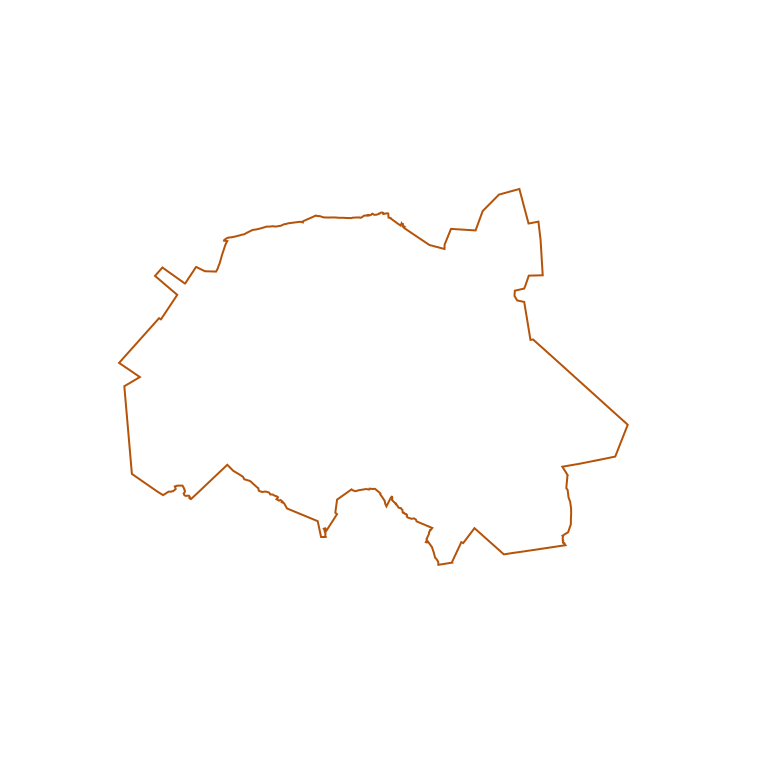 outline of Mexquitic de Carmona, San Luis Potosí, Mexico, rotated 222°
{"feature_id": "50627088B50616747627760", "entity_name": "Mexquitic de Carmona", "entity_type": "district", "adm_level": 2, "iso_a3": "MEX", "parent_name": "Mexico", "parent_adm1": "San Luis Potosí", "projection": "orthographic", "projection_center": [-101.135, 22.255], "detail": "fine", "context": "isolated", "style": "outline", "palette": "amber", "viewbox_px": 768, "rotation_deg": 222, "n_neighbors": 0, "source": "geoboundaries", "source_scale": "gbopen_adm2", "svg_char_len": 6010}
<svg xmlns="http://www.w3.org/2000/svg" viewBox="0 0 768 768"><g transform="rotate(222 384 384)"><path d="M413.9,619.5L425.3,601.7L426.4,578.6L418.7,559.4L438.0,544.1L432.2,528.1L429.4,524.8L443.2,517.7L473.4,513.4L473.9,513.7L474.5,513.7L474.8,514.4L474.7,514.5L475.6,514.4L475.7,514.1L477.0,515.5L477.2,515.3L477.9,514.9L478.4,515.1L477.6,512.9L478.7,512.8L479.3,512.6L484.2,512.1L489.8,511.5L490.2,511.8L492.0,510.7L494.9,513.5L495.8,513.1L498.3,509.8L498.7,509.9L498.8,510.2L498.9,510.6L499.2,510.6L499.4,510.3L499.8,510.3L500.1,510.2L501.0,509.3L501.1,508.9L501.3,508.0L501.3,507.5L501.4,507.4L501.5,507.3L501.7,507.2L501.9,507.1L501.9,506.6L502.0,506.2L502.7,505.1L503.0,504.6L503.4,504.3L504.3,503.3L504.7,503.1L505.1,503.0L505.9,502.9L506.4,502.9L506.7,502.7L506.8,501.3L507.0,500.6L507.2,500.3L507.4,500.0L507.8,499.8L508.4,499.4L508.0,499.1L508.8,498.1L509.2,497.8L509.6,498.0L510.2,497.0L510.4,496.9L510.9,496.4L511.4,495.8L511.6,495.5L511.6,495.2L511.9,493.7L511.9,493.3L512.3,492.5L512.6,492.0L512.9,491.6L513.2,491.5L513.5,491.5L513.9,491.1L514.4,490.7L514.9,490.2L515.4,489.8L518.6,486.6L519.1,485.6L521.1,483.8L524.4,481.1L524.9,480.8L525.7,480.1L528.4,477.6L530.0,476.4L531.6,475.2L532.8,474.1L535.9,471.3L536.2,470.9L538.6,468.9L539.1,468.4L539.7,468.0L540.0,467.6L541.6,466.8L542.0,466.7L543.6,466.0L544.5,465.5L545.0,464.8L545.3,464.7L545.6,464.6L546.0,464.4L546.3,464.0L546.9,463.6L547.4,463.6L548.7,460.5L551.5,454.3L552.4,452.3L553.2,450.3L552.5,449.8L553.1,449.4L553.7,449.1L554.5,448.6L555.0,448.4L555.8,447.4L559.1,443.5L560.7,441.7L561.7,440.5L562.2,439.9L563.0,438.9L563.6,437.8L564.3,436.9L564.7,436.4L565.2,435.7L565.7,434.7L566.2,433.3L566.5,432.7L569.5,428.9L570.0,428.4L570.7,427.8L571.4,427.5L572.4,426.6L573.0,426.0L574.0,424.8L575.0,423.8L576.3,422.7L576.9,421.9L577.4,421.0L580.2,416.5L582.4,413.3L582.6,413.1L583.0,412.6L584.2,411.2L584.8,410.5L585.1,409.7L585.6,408.3L585.8,407.8L586.1,407.2L587.1,404.6L587.3,403.9L587.6,403.2L588.3,401.3L588.5,401.0L589.1,400.4L589.5,399.9L590.6,398.0L592.0,396.0L593.2,394.1L594.1,392.9L594.6,392.2L595.8,390.6L597.2,389.2L598.2,387.7L598.4,386.8L598.7,385.8L598.8,385.0L599.1,384.3L598.8,383.5L596.1,385.3L595.7,383.6L595.1,381.5L590.9,371.9L590.8,371.6L590.6,371.2L589.5,369.1L586.7,363.3L586.1,361.4L585.4,359.9L585.1,359.2L584.7,358.0L584.0,355.2L592.5,348.0L601.9,345.3L602.0,345.1L601.8,343.8L601.0,339.1L600.9,337.8L600.6,336.1L600.0,331.9L599.0,325.7L599.4,325.4L626.6,322.3L626.6,322.2L626.5,311.1L597.3,311.9L593.0,282.8L595.2,282.4L595.0,222.4L570.1,225.8L575.5,208.6L511.2,148.5L480.5,152.4L473.8,153.6L472.0,160.0L470.3,161.3L469.7,162.6L469.0,163.2L468.5,166.5L469.2,167.1L470.4,167.7L470.9,167.9L469.7,170.0L469.3,170.2L468.6,171.2L466.8,172.6L466.2,173.4L465.8,173.6L465.1,173.5L464.0,173.1L463.6,172.8L463.2,172.8L461.8,172.0L461.7,172.1L460.9,171.5L460.6,171.5L460.2,171.2L459.7,170.1L459.7,169.8L459.6,169.4L459.7,168.9L459.7,168.7L458.0,167.8L457.7,167.8L456.9,168.0L456.4,168.3L455.9,168.7L455.3,169.5L454.3,170.4L453.8,170.4L452.5,170.0L452.5,169.1L451.9,169.0L451.3,169.0L450.4,169.4L449.6,178.7L449.2,183.7L448.3,195.2L446.4,219.1L442.5,218.9L438.1,218.6L430.8,220.0L426.6,220.7L424.1,219.7L423.9,219.8L419.1,222.1L417.8,222.4L415.6,222.3L408.2,222.3L407.7,222.5L406.3,221.4L405.9,221.0L405.2,221.0L404.8,221.1L404.4,221.3L403.5,221.7L403.4,221.8L402.9,221.9L402.2,222.3L402.0,222.5L401.5,223.2L400.3,224.6L399.2,225.3L398.6,225.6L397.0,226.3L396.3,226.4L395.8,226.3L395.2,226.0L394.9,225.8L394.3,226.0L393.7,226.6L393.2,227.1L392.6,227.4L390.9,227.7L388.6,228.7L387.9,228.8L386.9,228.9L386.8,228.7L386.8,227.5L386.8,226.5L383.9,227.1L383.4,228.5L380.9,228.7L380.9,227.8L378.4,228.5L372.8,226.6L341.5,237.7L328.4,228.2L325.0,231.2L324.9,231.3L325.1,231.6L325.7,231.7L326.7,232.5L327.0,233.3L327.5,233.7L329.8,235.0L330.4,235.7L330.6,236.0L331.2,235.9L331.9,236.1L331.8,236.4L331.0,237.5L330.8,237.4L328.6,236.2L331.8,255.8L334.1,255.8L341.5,266.7L337.6,284.0L336.3,284.0L335.7,284.2L335.5,284.3L335.3,284.5L334.0,284.9L333.2,285.6L331.8,288.0L329.8,290.5L328.2,292.5L327.6,293.3L327.4,293.5L327.1,293.9L324.4,295.6L324.3,295.9L324.7,296.6L322.2,298.4L320.5,300.1L313.4,300.3L312.9,299.4L310.1,298.9L306.5,297.9L305.6,297.8L302.9,295.8L300.3,294.7L302.8,303.9L302.9,305.4L302.5,305.6L301.3,304.6L300.4,303.2L300.0,303.1L296.0,302.9L295.8,303.1L295.6,303.2L295.3,303.2L294.9,303.0L294.8,302.8L294.7,302.9L294.5,302.7L294.4,302.8L293.3,302.6L291.2,302.1L290.5,301.9L290.3,301.9L289.0,302.6L288.6,302.9L288.3,303.1L287.2,302.7L286.7,302.8L286.0,302.7L284.1,301.0L283.6,301.1L283.4,301.1L282.9,301.7L282.1,301.4L281.3,301.6L281.0,302.0L280.6,302.2L279.1,302.0L278.7,301.3L278.8,301.1L278.5,300.8L277.2,300.6L273.4,302.2L272.8,302.9L271.8,304.2L269.6,304.6L267.8,303.7L251.8,309.3L251.6,306.9L252.1,306.3L252.0,306.1L251.8,305.9L251.7,305.6L251.6,305.4L251.4,305.0L251.4,304.8L251.4,304.5L251.4,304.1L250.3,302.7L248.8,298.0L248.7,297.7L248.6,297.4L248.6,297.2L248.1,297.0L247.8,296.8L247.7,296.4L247.2,296.1L247.3,295.4L247.3,295.0L247.1,294.5L246.0,295.0L246.0,295.5L245.9,295.7L245.8,296.3L239.3,294.9L233.8,291.8L230.0,289.2L227.4,288.9L224.7,288.1L222.6,286.0L213.7,297.0L214.4,297.5L220.7,318.2L218.7,318.8L220.3,337.4L180.9,337.6L174.9,345.0L173.3,346.9L171.1,349.5L141.3,385.6L141.9,385.7L142.0,385.7L142.6,385.6L142.9,386.2L143.4,386.4L143.8,386.0L144.3,385.8L144.9,385.9L145.5,386.4L145.8,387.4L146.6,387.5L146.9,387.7L147.1,388.2L147.8,388.6L148.2,389.4L148.7,390.1L149.2,390.5L149.8,390.6L149.4,392.3L148.0,397.1L151.3,404.8L155.7,409.8L157.9,412.6L161.9,416.9L166.8,421.0L171.0,423.2L176.6,428.1L178.8,428.6L181.5,432.1L184.4,436.1L186.1,438.2L186.4,438.9L186.4,439.1L196.1,441.9L186.0,454.7L168.9,477.6L163.6,484.8L175.6,516.8L192.8,516.8L204.8,516.8L278.8,516.9L303.0,516.8L304.7,514.8L334.7,538.8L341.0,535.2L346.0,536.8L349.2,540.9L343.7,548.7L344.6,551.3L348.9,561.4L338.8,571.0L364.0,595.8L377.9,608.0L382.6,601.7L384.0,600.0L413.9,619.5Z" fill="none" stroke="#b45309" stroke-width="2"/></g></svg>